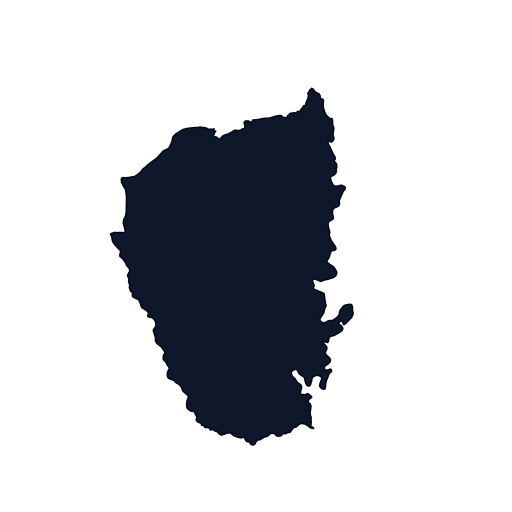 Tha Li, Loei, Thailand, rotated 129°
{"feature_id": "78962969B23200832152912", "entity_name": "Tha Li", "entity_type": "district", "adm_level": 2, "iso_a3": "THA", "parent_name": "Thailand", "parent_adm1": "Loei", "projection": "mercator", "projection_center": [101.431, 17.624], "detail": "fine", "context": "isolated", "style": "filled", "palette": "ink", "viewbox_px": 512, "rotation_deg": 129, "n_neighbors": 0, "source": "geoboundaries", "source_scale": "gbopen_adm2", "svg_char_len": 6156}
<svg xmlns="http://www.w3.org/2000/svg" viewBox="0 0 512 512"><g transform="rotate(129 256 256)"><path d="M353.8,102.7L353.5,102.8L353.3,103.9L353.9,105.4L353.8,106.2L350.4,108.5L348.1,110.7L347.0,111.2L345.1,114.1L344.0,115.1L338.0,118.8L336.8,120.9L336.8,123.1L336.5,123.9L334.0,124.6L331.4,123.8L330.7,123.9L330.3,124.4L330.3,128.9L330.6,129.4L333.1,130.6L334.2,132.6L335.2,133.6L335.3,134.3L334.7,135.1L333.5,136.0L329.4,137.8L328.1,139.3L327.9,140.6L328.2,143.1L328.0,145.5L326.9,147.8L326.6,152.1L325.3,154.4L324.4,155.2L323.4,155.6L321.0,155.2L318.9,153.8L318.5,152.7L320.3,148.7L320.3,145.6L319.9,143.4L320.0,142.0L323.3,137.7L324.4,135.4L324.2,133.4L323.3,132.8L321.7,132.7L317.5,134.4L315.8,135.6L314.2,135.6L310.9,134.2L309.7,132.5L309.2,131.3L309.1,128.7L309.4,127.9L315.5,125.7L316.6,125.1L317.2,124.4L317.7,122.9L317.5,120.6L317.0,119.6L315.9,118.8L314.9,119.1L311.0,121.7L308.9,122.7L301.8,125.0L300.9,125.1L298.8,124.6L297.7,125.0L297.0,126.1L297.0,126.8L297.3,127.3L299.4,128.4L300.5,129.6L301.0,130.9L300.4,132.2L299.8,132.7L298.0,133.1L293.9,131.9L291.3,131.9L289.7,132.9L288.8,135.0L288.8,138.8L287.6,141.5L283.7,142.4L282.2,143.7L281.4,147.4L281.6,150.1L281.1,150.5L280.0,149.5L278.1,145.9L276.8,146.0L274.5,147.4L272.3,147.7L271.4,147.4L269.0,145.6L267.2,144.7L260.3,142.1L258.1,142.6L257.4,143.3L256.5,145.8L256.8,149.0L255.9,149.4L254.0,149.6L253.2,149.1L252.8,148.5L252.7,146.9L254.2,144.9L253.7,144.3L252.3,143.9L243.6,143.0L240.1,144.0L238.5,145.3L237.7,146.6L234.9,148.9L233.9,150.4L233.9,151.9L235.0,153.2L238.0,155.8L240.2,156.6L245.5,156.4L249.8,154.3L252.8,154.4L254.9,155.0L257.7,155.8L260.0,158.3L261.7,159.4L263.3,159.9L264.9,160.9L265.8,162.4L266.2,164.0L265.7,165.8L264.2,167.0L257.6,167.5L254.2,169.3L250.4,170.2L249.4,171.9L242.4,179.4L242.6,181.1L245.4,190.0L244.8,191.0L242.3,192.3L240.4,195.6L238.6,197.1L237.8,197.0L237.2,196.2L235.9,192.9L235.1,189.7L231.8,187.9L228.9,185.5L224.0,182.3L222.0,181.7L220.1,181.7L218.2,182.7L217.2,184.0L215.8,187.7L215.6,189.3L216.1,193.2L216.1,196.4L215.8,197.5L214.7,197.9L211.2,198.3L205.4,200.5L203.8,200.2L202.1,198.4L200.3,198.3L199.8,198.6L198.7,200.3L196.6,207.3L194.8,210.6L193.5,212.5L191.2,213.5L187.7,218.3L185.6,220.2L184.6,220.7L182.9,220.9L178.8,219.4L177.3,220.1L175.2,222.9L173.5,224.4L171.5,225.5L169.3,225.3L165.4,223.3L163.7,223.5L162.8,223.9L160.9,226.0L159.9,226.4L152.0,228.6L149.4,229.0L148.2,228.7L147.0,229.3L146.3,230.7L147.2,234.3L150.4,236.7L152.3,238.9L152.2,241.0L150.5,244.6L148.5,247.4L147.7,247.9L143.6,246.3L141.4,246.1L139.3,247.0L138.2,248.2L136.0,249.2L133.7,251.4L133.1,254.8L132.7,255.2L130.6,255.5L129.3,257.0L127.8,261.0L124.6,267.1L124.1,269.0L122.1,272.3L121.2,271.8L119.9,269.0L118.6,268.7L116.4,268.9L115.3,269.7L113.5,272.4L108.0,275.7L107.0,276.7L106.1,278.7L102.2,282.1L101.4,283.5L102.5,284.6L102.6,285.4L102.4,289.5L102.1,290.9L100.0,294.7L98.3,297.0L95.4,299.6L92.8,301.3L92.1,302.6L92.9,304.8L92.8,305.4L91.0,307.2L90.4,308.8L91.2,313.4L90.3,316.4L90.6,318.2L93.8,318.7L95.6,317.9L97.0,318.2L98.3,316.2L100.0,315.4L100.8,314.7L101.8,314.4L102.9,314.5L103.7,313.7L105.0,313.8L107.2,312.5L107.8,312.5L109.6,313.6L111.9,313.0L113.6,313.4L115.4,312.7L116.1,312.9L117.1,314.3L119.9,315.3L120.6,316.0L120.9,317.1L122.3,317.6L123.0,318.8L124.5,319.4L125.4,319.2L127.0,319.7L128.3,319.1L129.2,319.4L130.8,321.4L131.2,323.1L131.0,324.7L132.1,326.2L135.0,328.7L140.3,332.3L143.9,336.3L150.0,341.5L152.0,343.8L152.8,344.0L154.2,343.4L155.0,343.6L155.9,347.0L157.7,349.2L158.7,349.4L159.9,349.1L162.1,346.4L163.2,345.4L163.8,345.3L165.8,346.5L167.9,347.1L168.6,347.9L169.6,348.2L170.9,351.0L172.5,352.1L176.1,353.2L177.1,353.9L178.8,354.4L180.6,355.9L183.7,357.4L188.6,357.7L188.4,361.1L189.5,363.7L189.6,365.2L188.0,365.1L186.0,365.8L184.5,365.9L184.8,367.6L183.7,368.7L184.9,369.4L185.9,371.2L187.4,372.2L187.6,374.4L188.8,377.3L190.0,378.7L191.1,380.9L192.7,381.8L193.1,382.6L195.3,385.0L200.3,389.9L203.9,392.5L212.1,395.3L215.7,395.5L219.6,393.6L222.7,392.5L227.3,391.6L231.8,393.8L233.3,394.2L242.4,394.7L252.7,397.4L257.0,397.9L259.4,398.7L262.8,398.5L266.9,399.3L269.9,400.1L272.0,401.5L273.2,402.9L274.5,403.6L275.5,404.9L277.1,406.1L278.8,408.8L279.8,409.3L281.1,409.1L283.4,406.7L285.0,403.3L286.5,399.0L291.9,393.5L303.2,384.8L305.9,383.1L307.4,382.4L311.1,381.7L313.9,379.9L317.5,374.9L319.5,372.9L320.7,373.1L321.8,374.2L322.6,375.7L325.3,378.7L326.7,380.8L329.9,382.8L330.6,382.8L331.9,380.0L334.2,377.6L335.4,375.5L336.3,371.7L336.9,367.3L336.9,365.0L337.3,364.5L338.3,364.0L339.0,363.2L340.7,362.8L341.9,361.6L342.1,357.3L343.2,353.7L344.9,350.1L345.2,347.5L345.9,346.0L347.2,344.6L351.9,343.7L352.8,342.5L353.0,341.5L353.6,340.5L356.2,338.8L357.9,336.0L360.3,334.5L362.3,331.1L362.1,328.8L364.0,327.7L365.2,326.4L364.8,322.9L363.7,320.1L365.0,317.3L368.0,312.4L367.3,307.0L367.7,304.2L368.4,303.3L370.5,302.7L371.0,302.1L370.7,300.3L369.4,298.4L369.2,297.6L369.5,294.8L370.6,292.3L373.3,289.7L377.6,289.4L378.6,288.9L382.8,282.6L385.0,281.1L385.5,280.3L386.4,277.7L386.2,272.3L388.1,266.0L388.6,265.7L391.4,265.4L394.3,263.5L394.9,262.2L395.3,258.8L396.6,256.4L397.4,252.7L401.1,251.9L402.9,251.1L404.2,250.2L405.7,248.5L406.0,247.0L405.8,245.8L404.3,241.4L404.8,238.6L404.2,234.5L404.9,231.4L407.0,227.7L407.3,220.8L408.0,219.9L412.6,218.2L414.5,216.9L416.6,215.1L417.4,214.0L417.8,212.6L417.7,209.8L417.2,208.4L415.7,206.0L417.1,203.6L418.4,200.5L420.9,199.5L421.5,198.6L421.6,196.2L420.4,193.2L421.7,191.9L421.0,190.9L421.2,187.2L420.0,186.1L419.5,184.6L418.7,183.6L420.0,182.1L419.7,181.6L418.7,181.1L417.9,180.1L418.0,178.3L417.0,176.1L417.4,173.0L417.1,170.7L416.6,169.9L410.9,166.3L410.0,165.3L409.6,164.2L409.6,160.2L408.8,157.6L407.1,153.6L404.6,151.5L404.5,150.8L406.1,146.7L404.7,144.3L405.5,141.6L405.4,140.7L404.7,139.3L403.3,138.5L399.7,139.1L398.1,138.9L396.0,137.1L391.7,135.7L388.9,133.7L384.6,132.9L383.5,131.7L382.5,129.8L382.3,128.8L382.9,127.4L382.0,125.1L379.5,123.2L377.5,123.5L377.0,123.3L375.5,121.1L373.4,120.2L371.4,118.6L365.7,118.8L363.9,117.3L359.6,116.5L358.4,116.0L357.2,114.8L356.0,112.7L355.4,110.0L355.2,105.4L353.8,102.7Z" fill="#0f172a" stroke="#020617" stroke-width="1.5"/></g></svg>